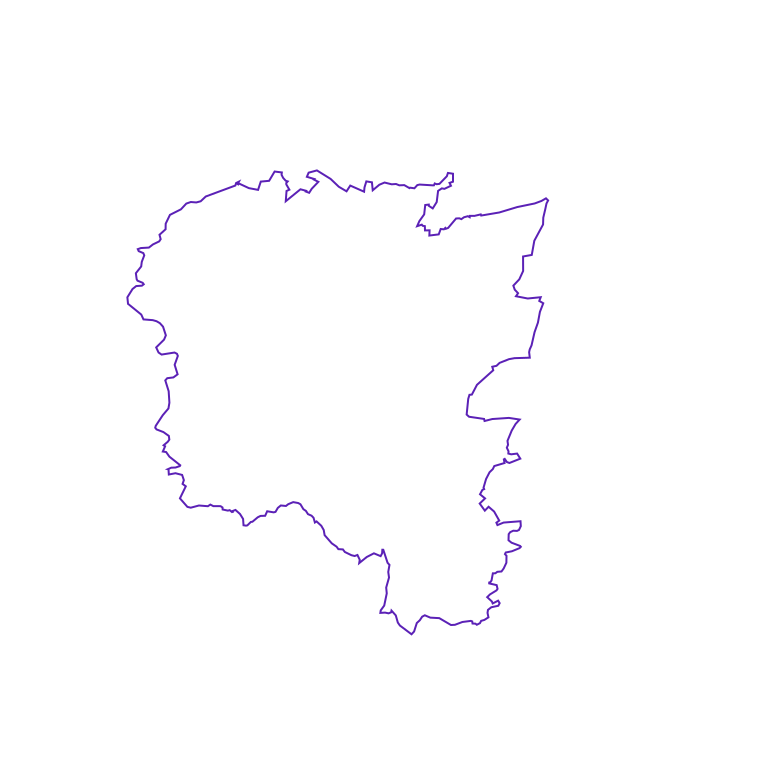 Naas Lea-7, Kildare, Ireland, rotated 330°
{"feature_id": "5873133B14255448334282", "entity_name": "Naas Lea-7", "entity_type": "district", "adm_level": 2, "iso_a3": "IRL", "parent_name": "Ireland", "parent_adm1": "Kildare", "projection": "robinson", "projection_center": [-6.602, 53.206], "detail": "fine", "context": "isolated", "style": "outline", "palette": "violet", "viewbox_px": 768, "rotation_deg": 330, "n_neighbors": 0, "source": "geoboundaries", "source_scale": "gbopen_adm2", "svg_char_len": 4858}
<svg xmlns="http://www.w3.org/2000/svg" viewBox="0 0 768 768"><g transform="rotate(330 384 384)"><path d="M176.8,300.4L165.4,306.1L164.0,307.5L164.3,309.6L168.9,315.3L171.7,321.4L170.3,324.8L167.9,325.9L162.5,326.9L163.3,328.5L158.7,331.9L161.3,334.0L161.8,339.6L166.9,352.5L166.1,353.0L161.7,352.1L157.9,350.1L154.2,349.7L154.7,350.2L152.4,354.8L158.8,357.0L163.7,361.8L162.6,367.2L159.6,369.8L161.2,373.5L150.1,381.0L152.3,392.1L154.8,394.5L163.0,396.7L170.4,401.8L173.3,401.6L175.1,404.4L181.4,408.1L182.4,410.2L181.5,412.0L185.5,415.6L187.3,416.1L188.3,418.9L189.2,419.1L189.4,418.3L192.4,418.8L194.3,424.6L194.5,430.4L191.7,436.1L193.7,437.7L195.0,438.1L199.7,436.9L201.2,437.5L208.0,436.3L211.1,436.5L215.2,438.7L219.2,435.8L224.3,440.0L226.1,440.5L230.1,438.2L233.9,437.6L238.1,440.6L241.0,440.2L246.3,440.9L250.2,444.2L251.5,446.4L251.6,452.1L252.9,454.8L253.1,458.7L255.4,461.8L256.1,464.6L254.9,469.4L256.9,469.3L258.8,475.4L258.8,480.3L257.0,485.2L259.1,495.9L261.6,501.2L261.9,504.2L265.7,506.7L266.1,509.9L270.2,516.0L272.6,518.3L275.5,518.8L275.1,524.1L273.0,526.7L282.5,525.2L290.6,525.6L295.0,531.4L297.7,529.7L299.7,526.7L300.5,527.2L297.7,540.6L298.3,543.4L293.7,548.9L291.6,554.1L284.1,561.4L281.7,566.7L273.4,576.0L268.0,578.4L266.4,580.4L270.6,582.5L273.3,584.9L276.1,585.3L277.2,584.0L278.5,590.3L276.7,597.5L277.0,601.1L282.7,614.5L286.3,613.4L292.9,607.4L296.9,606.5L300.7,604.6L303.7,604.7L307.3,609.5L314.8,614.4L321.5,626.2L325.0,628.0L332.9,629.3L340.8,632.6L341.7,633.7L340.9,635.7L343.4,637.3L344.0,638.9L347.5,639.1L349.7,637.7L352.9,638.5L357.8,638.3L359.2,634.0L361.1,631.6L365.3,631.0L372.1,633.2L374.6,631.6L374.5,628.7L368.4,628.4L368.7,626.3L366.8,620.2L370.6,619.2L378.2,619.0L379.9,618.2L381.0,614.5L375.4,609.3L375.9,608.5L377.0,608.8L378.9,607.9L383.6,602.4L385.8,603.6L388.2,603.3L392.0,605.1L395.4,603.6L400.6,600.0L404.2,594.0L403.7,591.8L405.2,590.8L411.1,592.8L419.3,593.9L421.1,593.4L420.9,592.3L415.1,585.2L413.7,581.6L416.9,576.4L419.2,575.4L422.6,575.7L425.7,577.7L427.9,577.9L431.4,575.5L433.6,571.1L418.3,563.8L411.7,562.9L412.0,560.3L415.5,559.9L415.6,549.5L413.2,542.6L408.0,544.1L407.1,535.4L414.3,533.6L412.0,527.5L416.3,524.9L418.2,525.1L418.4,523.5L424.9,517.3L431.3,513.2L435.7,512.1L438.5,510.2L448.9,512.7L450.1,509.2L451.1,509.2L451.4,513.0L453.1,515.1L464.7,516.8L464.5,510.8L459.0,508.5L456.9,506.4L458.2,504.5L458.5,500.6L461.0,498.7L462.5,495.0L471.3,488.2L478.0,484.4L483.7,482.6L475.2,475.8L460.3,468.5L452.6,466.3L453.2,464.3L441.3,454.9L440.3,451.8L449.5,439.0L452.6,436.1L454.8,437.1L464.1,431.2L485.5,426.7L486.4,423.2L490.5,424.5L494.7,423.5L504.7,425.0L510.0,426.9L523.4,434.1L525.6,429.0L527.5,426.9L531.1,424.3L540.3,414.4L548.0,407.8L555.1,399.5L562.3,393.7L560.0,389.7L563.1,387.2L551.2,381.8L542.2,374.0L545.5,372.4L544.4,367.7L545.2,363.5L553.5,361.0L561.0,355.7L568.2,343.1L576.5,346.1L585.8,335.1L601.5,325.4L605.1,319.6L611.2,313.1L615.0,308.9L617.9,307.1L617.1,304.2L611.9,304.2L604.8,303.0L587.9,297.4L569.6,293.1L552.4,286.7L552.6,285.5L546.3,283.6L542.4,281.3L541.6,282.4L540.5,280.6L536.6,279.6L533.4,279.9L532.1,278.2L529.2,276.7L517.6,280.9L515.1,280.5L515.1,279.5L513.2,280.0L510.6,278.1L506.2,281.8L497.5,278.1L500.3,273.7L496.3,271.5L498.3,267.7L496.6,266.3L496.4,264.9L491.6,263.9L496.1,260.6L503.6,257.2L509.2,249.6L512.5,251.0L511.9,252.1L514.0,256.3L520.6,252.8L527.4,243.8L531.9,243.5L533.9,245.2L541.1,245.8L541.3,242.6L544.9,243.3L548.9,236.4L544.9,233.2L542.3,235.5L532.1,238.4L529.5,237.3L528.2,235.7L526.6,236.9L525.5,236.3L514.6,229.1L512.3,228.4L508.2,229.7L504.7,227.0L504.0,227.1L501.0,221.9L496.6,219.6L494.4,216.8L490.5,214.9L485.2,209.8L479.6,209.1L471.1,210.6L474.4,203.3L470.0,199.7L465.4,204.0L462.9,207.5L454.0,195.3L447.9,198.4L443.5,190.6L440.3,179.7L432.7,165.5L424.4,163.3L420.8,166.0L426.2,171.7L425.5,171.9L428.2,176.1L419.0,178.8L414.8,181.0L412.5,178.2L413.2,177.8L409.0,173.6L390.3,176.6L396.1,168.1L399.2,168.4L399.2,162.3L399.8,161.1L401.9,160.4L400.5,158.8L399.7,155.1L399.9,151.6L401.3,149.7L395.5,145.3L386.1,150.6L378.5,147.1L372.0,152.9L364.9,146.8L358.6,137.8L357.6,138.3L357.2,137.6L359.5,136.2L356.4,136.0L354.5,137.8L323.4,132.5L316.6,134.1L312.2,132.9L307.7,129.8L303.0,128.9L295.5,131.2L283.2,130.5L275.1,136.0L272.2,140.8L264.2,142.5L263.0,146.9L260.6,148.1L253.7,147.6L248.6,148.3L241.4,144.7L238.2,144.1L238.0,146.3L241.0,150.3L240.7,152.7L235.3,157.1L232.5,160.8L224.5,164.0L222.2,169.6L222.2,171.3L225.6,175.7L225.8,177.5L223.5,177.8L218.4,175.3L213.7,176.0L205.1,180.6L202.4,186.6L208.5,202.5L208.0,207.8L215.7,213.1L218.4,215.9L220.3,219.2L221.3,223.9L219.4,232.8L215.7,235.6L205.0,238.4L204.5,244.0L206.1,247.3L218.3,252.0L219.8,254.3L219.5,256.6L212.3,262.7L210.1,272.4L204.9,273.0L199.2,270.6L196.4,271.5L193.9,282.6L188.8,292.9L185.1,297.4L176.8,300.4Z" fill="none" stroke="#5b21b6" stroke-width="2"/></g></svg>